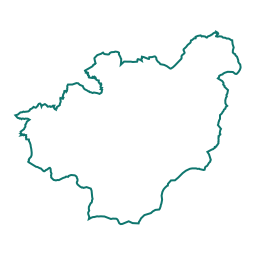 the district of Valea Lunga, Dâmbovita, Romania
{"feature_id": "2599482B2007717894354", "entity_name": "Valea Lunga", "entity_type": "district", "adm_level": 2, "iso_a3": "ROU", "parent_name": "Romania", "parent_adm1": "Dâmbovita", "projection": "orthographic", "projection_center": [25.56, 45.063], "detail": "fine", "context": "isolated", "style": "outline", "palette": "teal", "viewbox_px": 256, "rotation_deg": 0, "n_neighbors": 0, "source": "geoboundaries", "source_scale": "gbopen_adm2", "svg_char_len": 5623}
<svg xmlns="http://www.w3.org/2000/svg" viewBox="0 0 256 256"><path d="M138.6,223.4L139.0,221.8L140.0,220.4L141.0,218.4L144.4,215.1L150.9,213.1L152.8,211.4L155.4,209.9L159.2,209.5L159.8,208.7L160.6,206.4L160.8,205.1L161.4,203.5L161.8,201.4L162.1,199.7L161.6,195.6L162.4,191.9L163.6,189.4L165.1,187.6L167.1,185.8L167.8,185.6L168.0,183.8L171.0,180.4L175.0,180.3L178.2,177.6L182.7,173.1L185.9,170.7L189.9,168.8L192.2,168.4L196.0,168.4L197.7,168.9L199.2,168.7L199.7,169.1L203.6,170.0L204.6,169.7L205.1,167.5L205.5,166.8L207.2,165.8L209.0,162.8L210.2,161.7L210.4,160.4L210.8,159.9L209.0,154.3L207.4,151.9L211.7,149.6L213.2,149.1L213.5,148.6L214.6,148.1L215.0,147.6L214.9,146.9L216.3,146.6L216.7,145.5L217.4,144.9L218.5,143.1L218.3,141.8L218.6,141.3L218.5,140.1L218.6,139.4L218.4,137.9L218.8,137.0L218.5,136.2L219.2,135.7L219.6,135.0L220.3,134.6L220.4,134.2L219.8,133.5L219.8,132.7L220.3,130.1L221.0,128.9L217.9,125.0L218.4,123.7L218.5,122.2L218.9,121.6L219.1,120.4L220.0,118.9L220.0,115.1L221.6,113.7L222.4,112.5L222.5,112.1L223.3,111.3L224.0,109.6L225.3,108.7L225.7,107.1L227.2,105.9L226.3,105.0L225.4,103.3L225.3,100.3L226.0,97.6L226.8,96.5L226.4,95.0L227.3,93.6L228.0,90.1L224.4,86.7L224.5,85.8L223.2,84.6L223.5,83.7L223.4,82.7L222.3,81.1L217.9,78.4L219.0,77.2L219.2,75.9L220.8,74.9L222.6,74.4L223.2,73.6L224.9,72.7L227.7,71.8L232.9,72.0L235.2,73.8L236.2,74.0L236.9,73.7L238.4,72.1L239.8,69.9L240.4,68.3L240.6,67.2L240.2,64.5L238.9,63.0L238.2,61.6L238.3,60.8L238.1,59.8L237.0,56.7L235.5,55.4L235.2,54.2L233.6,53.4L232.8,52.4L232.9,50.1L233.7,47.5L232.6,44.2L232.2,40.3L231.4,40.2L229.2,38.8L228.2,38.5L226.5,38.5L225.4,37.8L223.0,37.6L221.7,36.5L219.3,36.3L217.6,36.7L216.1,36.3L216.2,35.9L218.2,33.8L217.7,32.7L216.3,31.9L216.4,32.6L216.1,33.0L215.3,32.4L214.6,32.6L213.1,33.5L212.1,34.5L211.2,34.8L210.8,35.3L207.8,36.5L207.0,37.5L206.4,37.5L204.9,36.4L203.8,36.4L202.9,36.1L201.7,36.5L200.7,35.4L197.9,35.9L195.6,36.8L195.8,37.8L195.6,38.3L194.1,38.3L192.3,39.9L190.9,40.5L190.6,42.4L190.2,42.9L187.7,44.9L186.2,46.9L183.7,49.2L183.5,50.0L184.6,52.6L184.4,53.3L181.9,55.4L181.5,56.3L181.6,58.0L181.3,58.8L174.9,65.5L172.8,67.4L170.8,68.6L170.1,68.5L166.9,66.2L164.2,64.9L160.4,64.2L159.3,62.7L157.8,61.6L156.4,59.5L156.3,58.0L155.3,56.6L154.5,56.4L152.0,57.1L149.3,57.2L149.0,58.9L148.3,58.9L143.8,57.1L141.9,56.7L141.8,57.5L142.0,58.4L141.2,59.1L141.0,59.5L141.7,60.4L141.8,60.8L140.4,59.9L138.0,59.1L137.5,59.5L137.4,60.9L137.1,61.7L132.8,62.0L131.1,61.7L124.1,61.6L120.8,64.7L121.1,62.4L121.2,58.9L120.8,58.4L120.2,56.7L118.9,54.3L119.0,52.8L118.4,52.3L116.9,51.8L115.1,51.6L114.3,52.0L111.4,52.2L110.0,52.9L109.0,54.3L108.0,54.5L104.7,54.1L103.9,53.7L103.1,52.6L102.7,52.7L101.3,53.7L97.3,55.1L94.5,58.0L94.4,58.3L94.6,59.6L95.2,62.1L95.6,63.3L95.1,63.6L95.0,64.0L94.4,64.1L93.9,64.8L93.1,65.1L92.6,66.2L91.5,66.9L85.0,70.6L85.7,72.1L86.1,71.8L86.6,72.0L86.7,72.3L86.4,72.7L88.0,72.8L88.1,73.1L87.4,73.9L88.0,74.6L88.0,75.2L88.6,75.3L88.9,75.7L89.0,76.1L88.7,77.0L89.0,77.5L92.5,78.0L92.9,77.8L92.3,77.3L92.7,76.7L93.0,76.7L93.9,77.2L94.0,78.0L94.3,78.2L94.6,77.8L94.4,77.2L94.6,76.8L95.5,77.5L96.2,79.6L97.4,80.3L98.8,80.5L98.7,82.2L99.8,83.8L100.2,83.9L100.9,83.4L101.2,83.8L101.3,84.7L101.1,84.8L101.0,85.5L100.6,85.9L100.5,86.6L100.6,87.3L101.9,87.8L100.8,89.1L101.8,89.3L102.2,89.7L101.7,90.9L101.8,91.8L101.4,92.7L99.5,93.9L97.3,93.1L93.9,92.5L92.7,93.0L90.7,92.2L89.6,92.1L89.0,91.3L88.3,91.3L87.0,90.4L84.6,89.2L83.7,88.1L82.8,86.4L82.8,86.1L79.7,84.8L78.2,83.3L76.4,83.1L72.4,84.5L68.0,84.5L67.2,86.1L67.4,87.7L67.1,88.4L67.3,89.1L66.9,91.0L66.3,91.8L65.9,90.9L65.3,90.8L64.3,91.1L64.2,92.6L63.1,94.7L63.0,95.9L62.4,97.4L63.4,97.7L63.1,98.4L62.9,98.8L60.4,98.0L60.3,98.4L60.7,101.7L59.9,103.7L59.8,105.1L56.8,107.2L56.6,107.6L56.7,108.5L55.7,108.8L55.5,109.1L55.6,109.5L54.8,109.1L53.6,107.2L54.3,105.7L52.9,105.7L51.8,106.6L50.8,106.9L50.5,106.9L49.9,106.2L47.8,106.7L47.2,106.2L46.9,105.5L44.9,104.1L41.9,105.5L41.5,106.5L40.8,104.3L40.0,103.5L38.8,103.9L38.0,105.0L37.8,105.8L37.1,106.3L36.3,107.4L35.6,107.7L33.5,106.9L32.9,107.7L31.4,108.8L30.4,109.1L29.8,109.8L29.6,110.5L28.3,111.4L24.2,111.9L23.3,111.6L22.4,112.2L20.4,112.4L17.8,114.6L15.4,115.3L17.3,117.5L18.0,118.0L19.0,118.1L19.5,118.6L20.4,118.4L21.5,119.1L21.7,118.7L22.9,118.5L24.4,119.0L25.3,118.6L27.8,118.7L29.5,119.7L26.9,121.6L26.1,123.7L25.3,124.7L25.4,126.7L24.5,128.0L24.0,129.2L20.6,131.7L21.0,133.3L22.0,134.2L21.9,134.4L21.1,134.3L21.5,134.7L21.0,135.3L22.8,134.9L23.7,134.5L23.8,135.2L24.5,135.0L26.1,135.1L26.0,135.8L26.3,136.5L25.9,137.3L26.2,137.8L26.1,139.0L26.2,139.3L28.9,139.5L29.0,141.1L29.8,142.5L30.6,145.0L30.7,146.3L31.3,149.1L31.7,152.7L31.6,155.1L31.0,156.8L29.2,158.7L29.1,159.4L28.8,159.6L28.9,160.8L28.3,161.5L28.2,161.8L28.3,162.0L36.1,166.8L37.5,167.0L39.7,168.2L40.8,168.4L43.4,171.0L44.1,171.3L44.7,171.1L46.1,169.9L46.7,169.8L49.3,167.9L49.9,167.9L50.6,168.9L50.8,171.9L51.5,173.6L51.0,175.4L51.2,175.8L51.2,177.5L53.6,179.9L55.9,180.4L57.5,180.0L58.9,180.1L63.0,178.0L65.4,177.2L66.0,176.6L68.2,176.8L68.7,175.9L71.1,175.0L74.5,175.3L75.3,175.6L76.6,176.7L76.9,178.0L77.5,179.1L77.5,180.9L76.9,182.0L76.8,182.9L77.5,184.4L80.2,186.7L81.9,187.6L82.6,187.4L83.5,187.9L86.6,187.1L90.8,188.6L91.6,190.8L92.2,197.2L92.6,198.9L92.0,200.3L91.9,201.8L91.5,202.7L90.7,203.2L88.9,206.8L88.8,209.0L89.2,210.6L88.2,212.5L88.2,213.9L89.3,217.0L88.8,219.1L91.3,217.7L93.2,217.0L94.0,217.1L97.1,216.3L98.5,216.5L100.7,216.3L104.5,216.5L111.0,219.0L112.7,218.6L116.2,218.7L117.1,219.2L117.7,219.9L119.3,223.3L120.7,224.1L122.4,223.9L128.7,221.3L132.6,223.1L138.6,223.4Z" fill="none" stroke="#0f766e" stroke-width="2"/></svg>